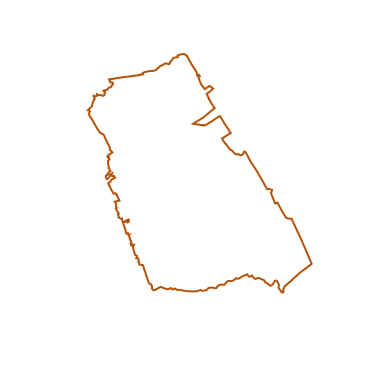 outline of Temoac, Morelos, Mexico, rotated 221°
{"feature_id": "50627088B73739880826437", "entity_name": "Temoac", "entity_type": "district", "adm_level": 2, "iso_a3": "MEX", "parent_name": "Mexico", "parent_adm1": "Morelos", "projection": "orthographic", "projection_center": [-98.785, 18.76], "detail": "fine", "context": "isolated", "style": "outline", "palette": "amber", "viewbox_px": 384, "rotation_deg": 221, "n_neighbors": 0, "source": "geoboundaries", "source_scale": "gbopen_adm2", "svg_char_len": 6066}
<svg xmlns="http://www.w3.org/2000/svg" viewBox="0 0 384 384"><g transform="rotate(221 192 192)"><path d="M54.6,216.3L60.9,219.3L67.3,222.6L72.8,225.1L80.4,228.7L90.3,233.1L91.9,233.8L96.2,235.6L99.3,237.2L100.9,235.9L102.2,235.0L103.8,234.3L104.0,234.3L106.5,235.0L109.5,236.0L114.0,237.6L120.6,240.0L121.7,237.9L122.3,238.0L122.6,238.3L127.8,241.0L131.6,242.9L132.9,246.1L133.1,246.1L134.2,245.7L135.7,244.9L137.2,243.4L145.0,246.2L149.2,247.7L155.2,249.8L157.4,250.5L162.7,252.0L166.8,253.1L169.3,254.0L174.4,256.0L177.8,257.2L178.4,257.2L178.8,257.0L179.2,256.7L179.2,256.2L178.7,255.5L178.5,254.5L178.4,253.4L178.7,252.4L179.4,251.6L181.0,251.2L182.3,250.7L182.7,249.7L184.4,249.0L187.7,249.4L189.2,249.6L190.4,249.2L191.5,249.0L196.9,250.3L198.0,250.5L198.5,250.3L202.2,251.3L204.4,252.0L203.3,255.9L203.2,256.1L202.4,259.0L201.4,261.8L207.7,263.8L208.3,264.1L212.0,264.8L214.8,265.8L220.7,267.6L220.8,267.6L221.4,265.7L222.6,261.7L223.0,260.0L223.5,258.0L224.3,255.8L225.7,251.2L226.6,250.0L226.7,249.9L226.9,250.3L227.2,250.1L227.9,249.4L230.2,247.8L232.7,246.3L233.7,245.6L235.8,244.3L235.4,245.7L234.8,248.1L234.3,249.6L232.6,254.6L232.0,257.7L231.0,264.0L230.5,267.1L230.1,269.2L229.9,270.2L232.0,270.6L232.6,270.9L234.8,271.4L238.3,272.7L239.7,273.1L240.7,273.5L240.7,273.8L240.9,273.8L241.3,273.9L243.0,274.7L245.4,275.8L244.4,279.1L244.0,283.9L248.4,283.6L249.0,281.2L249.9,278.0L255.1,279.1L257.4,280.0L260.1,281.5L260.9,281.8L261.7,282.0L261.9,282.5L262.1,283.5L261.9,284.4L263.7,284.9L263.9,283.5L264.4,283.2L267.0,285.4L276.2,288.1L285.3,291.5L285.4,291.2L287.4,291.2L288.6,290.8L289.4,289.9L290.4,289.0L291.3,287.6L292.4,285.6L291.2,284.6L293.0,282.4L293.9,281.0L293.9,278.9L293.6,277.2L293.9,276.1L293.7,275.4L293.4,275.1L293.2,274.6L293.2,273.8L293.6,273.1L294.7,272.8L295.5,272.1L296.3,271.7L296.8,271.1L297.1,270.6L297.4,268.5L297.9,267.5L298.4,266.8L298.8,265.6L298.7,265.1L298.7,264.3L298.7,263.6L299.4,262.4L299.2,261.9L299.0,261.1L299.3,260.3L300.1,258.9L300.6,258.3L301.2,257.4L302.0,256.8L302.9,255.9L304.4,254.1L305.0,253.3L305.4,252.6L306.3,251.6L307.3,249.4L306.1,248.8L308.4,246.2L308.1,246.0L320.6,231.9L322.4,229.9L324.2,227.6L328.5,222.5L327.6,222.0L327.0,222.0L325.7,221.1L323.7,222.5L322.8,222.3L322.4,221.6L322.3,221.2L322.5,220.9L322.4,220.5L322.4,220.2L322.3,219.0L321.9,218.4L322.2,217.9L322.4,217.2L322.9,216.7L323.2,216.2L323.2,214.7L323.0,214.1L323.1,213.7L323.3,213.2L323.6,213.1L323.9,212.8L324.2,212.2L325.2,210.4L324.6,210.4L323.9,210.2L323.4,210.4L322.9,210.2L322.6,209.8L322.7,208.8L322.0,208.2L321.7,207.4L322.1,206.4L322.7,206.0L324.5,205.3L325.2,204.4L325.9,204.1L326.3,203.7L327.0,203.7L327.2,203.4L327.8,203.4L327.6,203.1L327.2,202.8L326.9,201.8L327.8,201.0L328.5,200.5L329.0,200.3L329.4,200.1L329.0,199.7L327.7,199.3L327.2,198.6L326.5,198.5L326.6,197.6L326.4,196.9L324.9,192.8L323.9,191.3L324.2,185.4L322.8,186.0L322.0,185.9L321.0,183.0L319.1,182.3L316.1,181.4L312.0,180.1L304.3,177.4L300.4,176.4L298.3,176.9L296.3,177.3L295.6,177.1L293.0,175.7L283.1,171.6L281.8,170.0L278.1,169.7L278.9,165.8L279.4,165.1L279.2,164.9L279.2,164.0L279.1,163.1L277.7,162.9L277.7,163.7L277.2,163.6L276.9,163.3L276.2,162.5L275.6,162.3L275.9,161.3L275.7,160.4L274.8,159.1L273.8,158.2L273.6,158.0L271.7,156.7L271.1,156.3L270.8,155.5L267.2,154.3L267.8,151.6L267.8,151.4L267.3,151.4L267.0,150.4L267.0,150.0L267.4,149.5L267.5,149.1L267.3,149.0L267.6,147.6L266.4,146.4L265.0,145.8L264.6,145.8L264.1,147.4L264.0,148.3L264.6,150.3L265.1,150.7L264.9,152.2L264.5,153.5L264.2,152.7L264.5,152.3L264.4,151.9L264.5,151.4L264.4,151.3L262.7,151.7L261.5,152.9L259.5,152.4L260.2,150.4L260.3,149.9L260.6,149.0L260.8,148.3L260.8,147.9L260.4,146.1L261.1,143.7L258.4,142.7L258.5,142.5L258.4,142.5L254.6,140.9L250.1,139.3L248.9,140.9L247.2,140.3L247.1,140.5L243.7,139.0L242.0,138.2L241.9,138.3L241.1,137.9L244.0,134.1L241.4,133.0L240.7,132.1L240.3,131.7L238.5,130.7L238.8,129.6L238.1,129.3L237.6,129.3L236.2,128.5L235.6,128.5L235.3,128.4L235.1,128.4L233.1,127.6L233.5,126.8L233.2,126.5L230.9,125.3L230.9,124.7L229.8,124.8L228.5,125.1L227.9,125.4L227.5,125.8L227.4,126.0L227.2,125.9L226.4,125.1L224.6,124.0L224.0,123.8L223.0,127.2L221.9,129.7L221.0,129.1L220.3,128.0L220.7,126.8L222.3,127.1L223.8,123.7L223.0,123.0L222.3,122.7L221.5,122.0L220.8,121.8L216.5,119.1L214.3,117.5L213.4,118.9L211.8,117.9L211.2,118.7L211.2,118.1L210.9,117.7L210.8,117.8L208.0,115.8L207.9,115.9L206.1,114.8L205.9,114.9L204.4,112.8L203.4,113.7L202.5,111.8L202.4,111.8L201.5,113.3L201.1,113.8L200.7,112.1L199.4,110.9L193.8,107.2L191.5,107.7L191.1,106.8L190.7,105.5L188.9,106.6L188.2,106.1L186.6,104.1L185.9,104.3L184.2,102.7L181.0,104.6L176.9,102.0L173.3,100.0L167.3,96.3L164.2,94.8L162.7,95.4L160.7,94.9L158.9,92.9L156.8,92.5L155.6,93.8L155.4,95.0L154.9,95.9L154.6,96.7L154.4,97.6L154.0,98.4L153.2,99.9L152.3,100.4L151.2,100.5L150.2,101.1L149.2,101.3L147.5,102.0L146.2,103.1L145.4,104.7L144.9,105.7L143.0,105.6L142.2,106.2L141.9,107.7L140.7,108.2L139.8,108.0L138.4,108.7L137.6,109.6L137.0,110.2L135.7,110.9L134.5,111.5L133.3,112.2L131.1,113.6L128.3,115.7L127.3,116.7L125.5,118.0L124.0,119.5L122.9,120.7L121.3,123.6L119.5,124.1L117.8,126.1L117.0,126.8L116.7,127.3L116.7,128.0L116.6,130.1L115.9,131.3L115.3,132.0L113.5,133.5L111.6,134.4L110.9,135.0L110.6,135.6L110.8,137.2L110.8,138.0L110.4,139.5L109.3,141.2L106.7,143.2L106.8,147.7L106.1,148.9L104.6,149.9L103.9,150.5L103.3,151.4L102.7,152.7L102.3,153.9L102.2,155.9L100.9,156.3L99.9,157.2L98.8,160.9L98.1,162.8L97.0,164.1L96.4,166.1L93.7,165.5L92.7,166.1L92.1,167.8L91.9,167.5L91.4,167.7L90.8,168.0L90.2,168.0L89.4,167.8L87.5,167.7L87.1,168.0L86.6,168.7L85.8,170.4L84.5,171.3L82.9,171.6L81.8,171.9L81.3,172.3L80.4,172.6L79.3,172.7L78.5,172.2L77.4,171.9L76.1,172.4L73.5,172.5L71.7,172.5L71.3,172.8L70.7,173.8L70.5,176.1L70.8,176.9L71.2,179.3L70.4,180.4L69.6,180.4L68.5,180.2L66.7,179.6L65.0,178.7L64.5,177.1L63.0,176.1L61.9,176.0L60.9,175.8L59.4,175.2L57.9,175.4L57.4,175.9L57.7,177.2L58.9,177.7L60.1,181.5L60.0,182.8L59.0,189.5L57.6,201.8L56.5,207.0L55.3,212.1L54.6,216.3Z" fill="none" stroke="#b45309" stroke-width="2"/></g></svg>